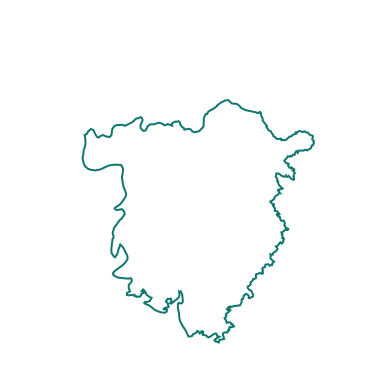 the district of Kishoreganj, Dhaka, Bangladesh, rotated 130°
{"feature_id": "16705992B82604838368079", "entity_name": "Kishoreganj", "entity_type": "district", "adm_level": 2, "iso_a3": "BGD", "parent_name": "Bangladesh", "parent_adm1": "Dhaka", "projection": "mercator", "projection_center": [90.932, 24.337], "detail": "fine", "context": "isolated", "style": "outline", "palette": "teal", "viewbox_px": 384, "rotation_deg": 130, "n_neighbors": 0, "source": "geoboundaries", "source_scale": "gbopen_adm2", "svg_char_len": 5961}
<svg xmlns="http://www.w3.org/2000/svg" viewBox="0 0 384 384"><g transform="rotate(130 192 192)"><path d="M279.5,222.4L287.5,217.2L290.5,214.3L291.7,210.2L291.5,209.1L287.7,209.3L281.9,212.0L280.0,212.3L278.8,213.2L278.3,213.2L278.7,209.2L282.3,200.7L284.7,198.3L288.4,197.8L292.2,198.0L303.0,200.6L305.3,200.2L306.2,198.3L305.2,193.8L300.6,186.8L298.2,183.9L297.4,183.6L297.5,182.5L298.1,181.5L300.2,180.5L303.8,180.8L306.4,178.5L308.0,175.6L311.2,176.9L312.7,175.6L312.2,174.4L309.7,172.1L309.0,170.8L307.8,170.1L308.5,169.5L308.0,168.9L308.2,168.0L307.7,167.6L307.8,166.9L306.6,166.1L306.3,165.0L304.0,164.5L302.8,165.3L299.9,163.9L299.2,164.8L300.4,166.8L298.6,167.0L297.9,166.6L298.6,164.6L298.4,164.0L300.0,160.4L299.5,156.1L299.0,155.0L302.2,154.2L304.0,155.0L306.9,157.5L307.9,157.0L306.4,151.4L306.1,144.0L304.5,139.2L302.3,135.5L300.4,134.5L298.4,135.1L298.3,136.0L300.0,138.2L299.7,138.6L298.0,138.1L295.8,136.3L294.7,136.2L293.9,137.9L292.9,138.8L292.6,141.7L289.7,142.0L289.2,141.8L288.5,140.2L287.3,139.8L288.7,137.5L291.3,137.2L291.3,136.7L290.5,136.0L281.5,134.3L278.9,135.4L276.6,137.9L276.5,137.4L275.3,136.8L276.9,133.5L281.9,128.5L283.7,128.2L284.4,128.7L285.6,130.9L286.9,130.7L289.8,128.4L293.7,123.6L296.8,120.6L298.5,118.1L300.5,113.5L302.3,107.5L305.0,101.9L303.6,100.3L301.9,99.3L300.3,99.8L297.5,98.4L295.1,98.7L294.7,96.2L295.5,95.3L294.0,94.6L292.6,95.2L291.8,94.1L292.1,93.2L294.5,92.1L292.9,89.1L293.0,86.1L290.2,84.7L288.4,84.5L285.5,83.3L284.9,82.1L286.1,80.4L285.3,78.0L290.1,79.7L291.2,79.5L291.3,77.7L290.8,77.4L290.1,74.8L287.7,75.9L284.1,73.0L283.9,73.7L283.0,74.0L281.8,76.3L280.8,77.1L279.8,77.3L278.2,76.4L276.8,74.6L276.2,74.9L275.1,74.7L274.3,75.6L273.5,74.8L272.5,76.0L271.1,76.3L270.4,75.0L268.1,73.4L267.7,74.0L268.1,75.1L267.2,75.9L268.1,77.0L267.2,78.4L268.0,79.9L269.8,81.3L268.5,83.3L267.8,85.9L265.7,85.6L265.0,86.6L264.4,86.5L263.8,87.5L259.2,86.7L259.0,87.4L259.6,89.3L259.2,89.9L258.4,89.4L257.6,87.8L257.3,90.0L256.5,89.8L256.6,88.7L255.1,89.2L254.7,87.7L251.9,86.4L251.6,85.4L250.0,84.4L248.1,82.4L244.5,83.1L242.8,84.7L241.7,84.9L241.0,84.2L238.3,85.8L237.3,85.4L235.7,85.5L235.1,84.9L234.9,82.3L235.5,81.3L236.8,80.3L235.8,79.4L232.8,78.1L231.7,78.8L229.8,82.4L229.6,83.4L230.2,85.2L229.6,87.7L228.7,88.6L225.8,87.6L225.0,87.8L223.7,89.0L220.8,88.6L219.6,89.2L218.3,88.2L216.7,87.8L214.0,90.0L210.2,87.8L209.8,86.0L209.0,85.3L208.2,85.9L207.7,87.0L206.5,87.1L205.7,88.8L204.5,89.1L202.6,87.8L200.5,89.1L198.2,87.1L198.5,85.1L197.5,84.8L196.5,83.6L195.2,84.6L192.5,84.4L192.7,87.9L192.4,89.3L190.0,90.8L189.3,91.9L188.2,89.9L186.4,90.7L183.5,89.7L181.4,89.7L180.3,90.2L179.7,92.7L178.4,91.9L173.7,92.0L173.8,90.1L171.5,90.0L170.8,90.9L169.2,91.1L168.4,92.5L169.3,93.2L167.5,94.4L166.8,96.0L166.2,95.7L165.4,97.6L163.7,96.6L161.1,96.3L159.8,94.5L158.8,94.2L158.4,94.5L159.2,97.3L158.3,98.5L158.3,99.8L156.0,101.0L154.9,103.2L156.7,105.1L156.3,106.5L154.6,108.9L155.3,110.1L154.8,112.5L153.7,113.1L154.1,112.5L154.0,111.2L152.8,110.7L152.0,114.0L153.2,116.6L151.1,118.0L150.5,121.2L149.3,120.9L148.7,121.5L149.4,122.9L149.3,125.6L148.0,125.8L147.3,125.1L144.1,124.6L143.3,125.3L141.2,125.3L140.1,125.0L139.6,124.5L136.7,124.4L136.3,123.8L136.1,125.4L135.5,125.6L135.5,126.7L135.1,126.7L135.4,127.2L134.8,127.5L132.0,125.1L131.1,124.9L130.9,129.3L129.4,132.5L128.6,132.7L128.7,134.1L127.8,134.5L127.1,135.4L126.4,137.8L124.0,138.7L123.7,140.0L123.4,138.8L122.6,138.2L122.0,136.9L122.0,134.1L121.5,132.1L120.9,131.0L119.5,130.8L119.8,130.6L119.1,128.6L117.6,128.6L118.0,125.3L117.8,122.7L117.1,121.8L115.1,123.3L115.0,124.2L113.3,125.1L111.7,125.2L111.2,125.8L111.1,127.4L109.7,127.8L110.2,128.5L109.6,128.5L110.0,129.0L109.3,129.3L109.8,129.7L109.3,130.5L110.0,131.1L109.5,131.7L110.0,131.8L110.8,133.2L109.8,135.7L108.6,135.6L108.2,136.0L109.3,138.5L108.9,141.2L108.3,141.5L105.9,141.2L102.9,141.5L102.6,140.4L101.3,140.0L101.2,139.0L100.3,138.5L98.7,138.8L97.6,137.3L95.1,138.3L93.6,138.2L94.0,136.1L91.8,137.0L88.6,133.2L86.5,132.1L86.2,130.6L82.1,129.1L79.3,130.1L78.5,129.4L76.4,129.9L75.9,131.0L74.6,131.3L74.3,133.9L72.0,134.8L71.3,135.7L72.3,137.9L72.5,139.7L71.9,141.2L73.2,143.4L73.1,144.8L75.0,145.9L76.1,148.9L78.5,149.7L79.5,150.9L80.2,149.6L82.5,151.2L85.8,151.9L87.1,153.0L91.2,153.4L92.5,154.0L93.5,155.6L94.7,156.4L94.7,157.5L93.9,158.0L96.9,161.2L96.5,164.0L97.0,165.5L95.9,166.8L95.7,168.7L94.8,170.8L95.5,173.1L94.4,176.4L94.2,177.0L93.4,176.9L93.1,177.4L91.9,183.7L90.1,185.3L89.1,188.1L87.2,190.0L86.9,191.2L87.4,191.7L88.6,191.6L89.6,192.9L89.7,193.9L95.0,203.9L96.0,208.4L95.5,211.5L95.8,214.4L98.6,218.4L98.2,223.1L100.5,225.4L104.9,227.3L109.4,228.4L109.9,228.1L113.5,228.8L119.8,231.2L122.5,230.5L122.9,231.3L123.8,231.6L127.7,230.4L134.6,225.2L140.8,225.6L144.1,228.1L144.8,228.7L144.8,229.6L145.4,230.6L144.8,232.8L145.5,234.9L149.1,238.0L148.2,239.6L148.6,240.9L148.0,244.1L146.5,245.8L146.5,248.0L148.2,249.0L148.9,250.2L151.7,251.3L153.2,251.1L153.9,249.9L155.6,254.4L157.2,254.9L158.6,256.0L158.8,258.8L160.3,261.9L164.7,264.8L167.3,267.6L170.2,268.2L174.3,267.1L175.2,267.3L176.5,268.6L176.3,271.8L175.7,272.8L174.0,274.3L168.6,276.1L167.6,277.7L167.7,279.6L169.8,280.4L171.6,282.0L176.6,282.5L183.6,285.5L184.7,286.3L184.9,287.9L185.5,288.8L189.1,292.6L191.2,293.8L195.1,293.6L199.9,290.4L202.6,290.3L204.3,292.7L205.7,296.9L207.8,298.0L210.2,298.5L210.8,299.6L210.4,301.9L207.9,307.5L208.8,310.0L212.3,310.4L215.7,310.0L217.2,311.0L221.4,306.3L225.2,303.5L229.8,301.8L232.8,299.5L236.5,297.6L239.9,293.0L241.1,290.1L241.1,286.6L239.8,283.3L237.8,280.2L233.9,276.9L225.4,272.9L220.9,269.0L217.0,263.9L217.5,262.3L217.2,262.1L218.5,259.8L222.5,256.9L225.3,255.5L228.0,252.7L231.8,248.1L234.6,242.9L236.3,240.7L238.9,239.7L245.3,239.1L248.2,239.2L253.0,240.8L254.2,240.8L254.6,239.6L254.1,237.8L250.3,234.8L250.1,234.2L250.8,231.0L252.3,229.3L257.7,228.8L260.2,229.3L269.6,228.6L274.5,226.4L276.8,223.1L279.5,222.4Z" fill="none" stroke="#0f766e" stroke-width="2"/></g></svg>